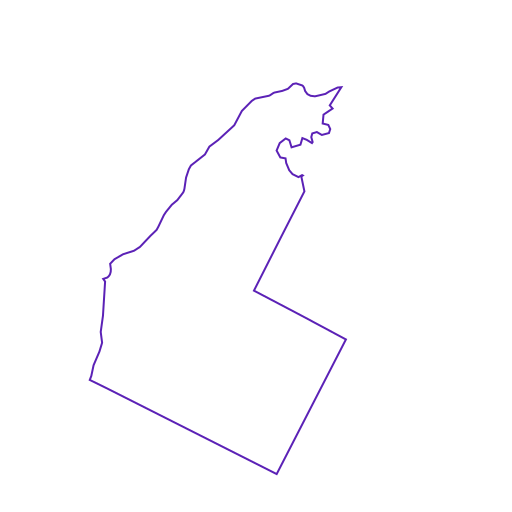 St. Clair, Michigan, United States of America, rotated 209°
{"feature_id": "52423323B46909170803204", "entity_name": "St. Clair", "entity_type": "district", "adm_level": 2, "iso_a3": "USA", "parent_name": "United States of America", "parent_adm1": "Michigan", "projection": "orthographic", "projection_center": [-82.589, 42.844], "detail": "fine", "context": "isolated", "style": "outline", "palette": "violet", "viewbox_px": 512, "rotation_deg": 209, "n_neighbors": 0, "source": "geoboundaries", "source_scale": "gbopen_adm2", "svg_char_len": 1396}
<svg xmlns="http://www.w3.org/2000/svg" viewBox="0 0 512 512"><g transform="rotate(209 256 256)"><path d="M136.9,226.6L187.1,225.9L241.0,224.7L243.3,285.6L244.7,327.4L245.0,336.0L254.9,347.5L254.1,349.1L254.9,349.1L257.1,345.6L263.7,345.3L268.5,347.1L274.7,352.0L277.5,355.7L282.5,354.0L289.1,358.2L289.3,360.0L290.0,366.3L287.0,373.2L282.9,373.4L277.6,368.3L271.1,374.9L272.6,381.6L268.0,382.2L261.8,381.9L261.7,383.1L265.3,386.8L266.2,390.5L262.9,393.9L257.1,393.8L251.8,398.9L252.6,403.0L256.3,405.7L261.9,404.2L265.5,412.4L260.5,422.1L264.5,423.5L263.2,445.0L266.3,442.9L271.7,435.4L273.8,431.5L279.3,426.5L281.9,424.2L282.7,423.9L285.9,422.6L289.5,422.5L293.0,424.1L295.5,426.5L297.2,427.4L298.2,427.6L304.6,426.4L307.0,424.4L309.1,417.8L309.9,416.8L313.1,413.1L319.1,407.9L319.8,407.0L321.7,403.3L322.4,402.4L333.0,393.3L334.9,389.6L338.7,376.0L338.4,359.8L345.3,339.1L349.8,329.1L349.9,320.0L356.8,303.6L356.8,299.3L355.2,290.7L351.2,280.1L350.7,278.2L350.5,276.4L351.9,266.8L354.5,260.0L356.1,251.0L356.4,247.1L355.6,234.1L355.6,230.6L358.1,222.5L361.9,207.7L365.1,201.7L365.3,201.4L373.1,193.1L378.2,184.6L379.8,178.5L376.6,174.2L375.4,171.7L374.8,169.0L375.0,166.9L375.6,165.1L378.5,161.9L375.6,160.5L360.9,129.6L355.0,114.3L348.6,105.6L348.3,104.4L346.6,96.5L345.1,81.7L341.9,71.3L341.3,67.0L323.6,67.9L132.2,75.3L136.9,226.6Z" fill="none" stroke="#5b21b6" stroke-width="2"/></g></svg>